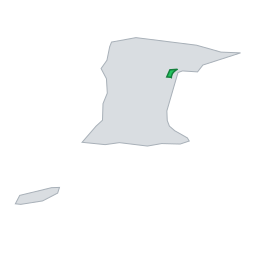 where San Fernando sits in Trinidad and Tobago, rotated 189°
{"feature_id": "TTO-62", "entity_name": "San Fernando", "entity_type": "City", "adm_level": 1, "iso_a3": "TTO", "parent_name": "Trinidad and Tobago", "parent_adm1": "", "projection": "albers", "projection_center": [-61.466, 10.279], "detail": "fine", "context": "in_parent", "style": "filled", "palette": "green", "viewbox_px": 256, "rotation_deg": 189, "n_neighbors": 0, "source": "natural_earth", "source_scale": "10m", "svg_char_len": 788}
<svg xmlns="http://www.w3.org/2000/svg" viewBox="0 0 256 256"><g transform="rotate(189 128 128)"><path d="M157.7,210.3L134.3,218.5L73.3,220.5L48.0,217.5L28.6,219.8L63.9,201.9L68.1,194.3L83.1,192.9L87.3,190.6L92.3,151.0L90.4,141.5L87.4,136.3L81.4,132.6L67.8,127.5L65.5,124.7L74.0,120.3L92.3,117.9L106.0,113.2L134.2,112.2L148.0,108.0L171.1,106.7L159.8,124.9L154.4,131.7L156.5,148.1L153.9,159.2L157.0,173.3L163.9,182.5L159.4,191.6L158.8,205.4L157.7,210.3ZM194.2,57.1L186.4,58.6L187.3,52.7L201.0,42.6L222.0,35.8L227.4,35.5L224.4,44.5L194.2,57.1Z" fill="#d9dde1" stroke="#a8b0b8" stroke-width="1"/><path d="M88.7,193.5L89.9,192.5L91.6,190.5L92.7,188.6L93.2,185.7L93.1,184.6L93.8,184.8L97.7,184.5L95.7,192.0L88.8,193.6L88.7,193.5Z" fill="#22c55e" stroke="#15803d" stroke-width="1.5"/></g></svg>